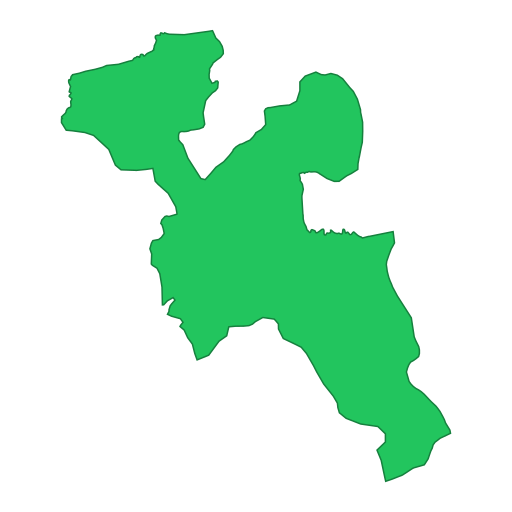 Shar'ab As Salam, Ta`izz, Yemen (orthographic projection)
{"feature_id": "15242507B43426345122943", "entity_name": "Shar'ab As Salam", "entity_type": "district", "adm_level": 2, "iso_a3": "YEM", "parent_name": "Yemen", "parent_adm1": "Ta`izz", "projection": "orthographic", "projection_center": [43.887, 13.783], "detail": "fine", "context": "isolated", "style": "filled", "palette": "green", "viewbox_px": 512, "rotation_deg": 0, "n_neighbors": 0, "source": "geoboundaries", "source_scale": "gbopen_adm2", "svg_char_len": 5939}
<svg xmlns="http://www.w3.org/2000/svg" viewBox="0 0 512 512"><path d="M61.5,118.9L61.5,122.6L66.2,130.2L72.6,130.8L84.9,132.5L93.6,135.4L108.8,149.4L115.4,165.1L121.0,169.8L135.7,170.3L136.0,170.4L146.1,169.4L152.9,168.4L155.2,181.2L158.1,184.3L168.2,193.3L170.4,197.2L175.8,206.8L177.0,213.6L176.9,214.2L169.0,216.5L166.7,216.0L165.0,216.5L161.8,220.0L160.8,223.5L162.0,224.8L163.2,228.5L164.2,233.5L161.4,237.4L158.7,239.5L152.9,240.6L151.4,243.2L149.9,248.8L151.7,254.0L151.3,264.0L152.4,265.3L157.0,268.2L159.8,273.7L162.0,287.1L162.4,304.9L163.7,304.8L167.4,300.8L173.1,297.6L175.0,300.1L171.8,303.7L170.2,305.8L169.0,309.8L169.0,311.4L167.5,314.3L171.5,316.2L180.4,318.7L183.0,322.3L180.6,325.3L180.0,326.5L184.2,330.1L187.7,337.7L192.4,344.1L194.8,353.5L197.1,359.9L208.7,355.2L218.8,341.5L219.3,341.0L226.7,335.8L228.8,326.8L235.6,326.2L243.8,326.1L249.0,325.6L252.5,324.1L255.4,321.6L262.8,317.5L265.1,317.8L274.2,319.1L275.7,320.7L278.4,323.9L278.5,329.0L283.3,338.5L295.8,344.5L301.2,347.2L306.5,353.5L313.6,365.8L316.7,371.9L323.7,384.0L333.3,396.1L337.4,403.1L337.9,407.7L339.4,412.8L346.1,418.3L360.7,424.0L377.9,426.5L385.4,433.8L385.4,442.0L377.0,450.1L381.2,460.3L384.9,477.8L385.7,481.3L391.9,479.2L402.5,475.0L411.2,469.3L412.8,468.3L413.9,467.8L424.3,464.8L428.1,458.9L429.5,454.7L430.8,451.0L432.2,448.2L433.1,444.9L435.0,442.2L437.9,440.0L440.2,438.2L450.5,433.3L449.9,430.1L445.5,422.9L444.4,419.8L443.0,417.0L440.0,411.5L437.9,408.6L436.0,406.2L431.2,401.7L428.7,399.1L426.1,396.3L424.0,394.1L421.1,391.6L418.6,389.9L415.8,388.4L413.2,386.4L410.9,384.0L409.1,381.5L406.4,372.0L407.5,368.0L408.9,364.6L410.6,362.1L413.6,360.4L416.0,358.7L418.6,356.5L419.4,353.5L419.4,349.9L418.7,346.6L415.8,340.8L414.2,336.9L411.3,317.8L397.3,295.9L392.6,287.1L391.4,283.9L390.1,281.0L388.8,277.5L388.0,274.5L387.2,271.2L386.8,268.0L386.3,264.6L386.7,261.3L387.8,258.1L388.9,254.9L391.2,248.9L392.9,245.9L394.5,242.9L393.7,236.4L393.1,231.6L369.3,236.4L368.6,236.4L362.4,238.0L361.2,237.0L359.7,236.6L357.6,235.3L354.0,232.1L353.5,232.0L352.7,232.6L352.1,233.5L351.3,234.4L350.7,234.6L349.9,234.6L349.5,234.3L349.1,233.7L348.6,233.1L347.9,232.3L347.5,232.2L346.8,232.4L346.5,232.9L346.1,233.1L345.6,233.0L345.3,232.6L344.6,230.1L344.2,229.5L343.8,229.3L343.2,229.3L342.8,230.0L342.6,232.0L342.4,233.0L342.1,233.7L341.6,234.0L340.5,233.9L339.8,233.6L339.4,233.3L338.9,233.2L338.5,233.2L337.6,233.5L336.8,233.5L335.9,233.3L334.8,233.0L333.8,232.4L332.3,231.2L331.9,230.7L331.4,230.4L331.0,230.1L330.6,230.2L330.6,232.4L329.9,232.9L328.7,233.2L328.1,233.2L327.6,233.0L327.1,233.0L326.7,233.3L326.4,233.8L326.1,234.4L325.8,234.9L325.4,235.0L325.0,235.0L324.3,234.6L324.0,233.5L324.0,231.9L324.0,231.2L323.9,230.4L323.7,229.8L323.3,229.2L322.8,229.2L322.1,229.3L321.2,229.9L319.6,231.2L317.6,232.5L317.0,232.7L316.4,232.8L315.9,232.7L315.6,232.4L315.5,231.7L314.9,230.8L314.0,230.4L312.3,229.7L311.7,229.7L311.2,230.1L310.9,230.7L310.9,231.6L310.3,232.4L309.8,232.6L308.4,231.3L307.8,230.5L307.0,229.9L306.0,226.5L304.7,224.1L303.9,222.3L303.2,218.7L303.1,214.9L302.9,214.5L301.9,197.9L301.9,195.7L303.3,189.3L302.4,184.3L301.4,182.5L300.1,180.6L300.1,179.9L300.3,178.9L300.1,177.7L299.3,174.8L299.5,173.6L300.0,173.3L300.9,173.3L301.5,172.8L303.3,172.5L303.9,172.5L304.2,173.1L304.6,173.3L305.1,172.9L305.4,172.5L305.7,172.4L306.1,172.4L306.4,172.2L306.9,172.2L307.5,172.3L309.1,171.4L309.9,171.8L310.9,171.9L312.1,171.9L313.3,171.8L315.3,171.8L317.0,172.2L318.8,173.1L319.9,174.0L320.2,174.1L327.0,178.5L334.3,181.4L339.1,181.3L344.6,177.3L346.9,175.7L351.3,173.5L357.8,169.4L358.0,163.7L359.2,157.0L359.3,157.0L361.1,147.5L362.3,142.3L362.7,131.5L362.6,122.2L361.1,114.6L360.6,112.4L360.5,109.7L357.4,99.2L353.3,91.4L349.6,87.4L342.6,78.7L337.3,75.2L330.9,73.5L325.1,75.0L321.2,74.6L315.9,72.1L305.2,76.1L299.9,81.9L299.9,90.7L296.6,101.2L289.1,105.2L288.2,105.1L279.7,105.9L270.2,107.6L268.1,107.7L265.7,108.8L264.4,111.0L265.1,116.3L265.7,124.6L261.4,129.5L255.9,132.7L255.0,134.3L253.3,136.7L249.9,140.2L246.4,141.7L244.2,142.9L241.8,144.0L239.9,144.4L236.0,146.9L233.4,149.5L232.8,151.1L229.4,155.5L223.7,161.8L215.9,167.3L210.8,173.4L205.2,179.6L200.9,178.6L187.9,158.2L182.8,144.7L179.4,141.1L179.4,140.8L178.8,140.4L178.6,139.4L178.5,136.2L178.6,134.8L178.9,133.5L179.5,132.4L180.7,131.7L181.7,131.5L184.4,131.6L186.7,131.4L188.6,131.0L190.6,130.1L193.5,129.8L199.1,128.9L203.1,127.3L204.7,124.2L203.6,116.9L203.1,112.9L203.2,112.2L205.7,100.6L208.6,96.9L212.4,92.8L215.5,90.7L217.7,87.9L218.0,84.3L218.2,82.1L217.3,81.0L215.3,81.3L214.9,82.4L212.0,83.3L209.2,78.2L209.1,74.4L209.7,70.6L209.5,68.9L212.5,64.3L213.1,62.9L217.1,59.7L220.6,57.2L223.3,53.7L223.2,50.4L222.2,46.3L219.5,41.6L215.8,38.0L213.0,31.7L212.5,30.7L208.9,31.3L184.3,34.7L168.7,34.2L168.4,34.0L167.2,33.8L164.6,32.8L164.0,33.5L163.4,33.7L162.6,33.5L161.8,33.0L160.8,32.9L160.2,33.8L160.2,34.4L160.0,35.2L159.0,35.2L158.0,35.1L156.0,35.6L155.4,36.2L155.3,36.9L155.3,37.9L156.5,40.3L155.7,42.9L154.3,45.8L154.2,47.3L153.9,48.1L153.7,48.8L153.9,49.8L153.5,50.2L152.9,50.3L152.5,50.9L152.0,51.3L150.9,51.7L147.3,53.4L146.0,54.5L144.9,55.7L144.2,55.9L143.7,55.9L143.4,55.4L143.2,54.9L142.8,54.5L141.8,54.3L141.0,54.4L140.6,54.7L140.2,55.3L139.8,56.8L139.6,57.3L139.0,57.2L138.6,56.7L137.5,56.6L136.8,56.7L135.7,57.7L134.9,57.8L133.8,58.5L133.2,59.5L132.5,60.4L128.6,61.3L118.5,64.3L106.6,65.5L102.5,67.3L95.2,69.3L85.5,71.3L79.4,73.2L72.5,74.7L72.3,75.3L71.6,75.9L71.2,76.4L71.0,77.0L70.5,79.7L70.3,80.0L69.9,80.0L69.7,79.7L69.4,79.6L69.1,79.7L68.8,80.0L68.6,80.8L68.7,82.0L68.9,82.9L69.3,83.8L70.6,86.6L70.3,87.5L69.2,91.7L69.4,92.1L70.4,92.3L71.0,92.8L70.9,93.5L70.2,94.6L69.4,95.3L69.2,96.4L71.8,98.6L71.7,99.5L70.7,101.3L70.7,102.3L71.0,104.7L70.9,106.2L70.6,107.0L69.9,107.5L69.1,107.6L68.1,108.2L67.1,109.1L66.2,110.9L66.0,112.1L65.2,113.4L63.2,115.2L61.6,116.8L61.6,117.4L62.3,118.6L61.5,118.9Z" fill="#22c55e" stroke="#15803d" stroke-width="1.5"/></svg>